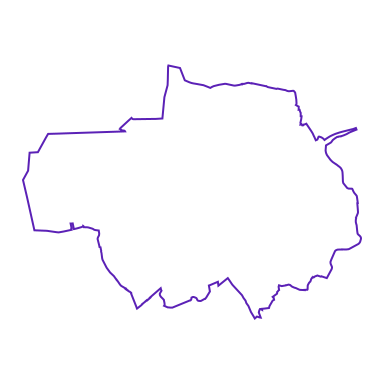 outline of Vught, Noord-Brabant, Netherlands
{"feature_id": "6326949B95896723363367", "entity_name": "Vught", "entity_type": "district", "adm_level": 2, "iso_a3": "NLD", "parent_name": "Netherlands", "parent_adm1": "Noord-Brabant", "projection": "orthographic", "projection_center": [5.254, 51.651], "detail": "fine", "context": "isolated", "style": "outline", "palette": "violet", "viewbox_px": 384, "rotation_deg": 0, "n_neighbors": 0, "source": "geoboundaries", "source_scale": "gbopen_adm2", "svg_char_len": 5769}
<svg xmlns="http://www.w3.org/2000/svg" viewBox="0 0 384 384"><path d="M349.3,248.9L358.5,243.9L358.9,243.5L359.4,243.0L360.1,241.9L360.9,239.1L361.0,238.7L360.9,237.7L360.8,237.3L360.3,236.5L359.7,235.8L358.3,234.6L357.6,233.7L357.2,231.0L356.6,225.1L356.3,224.2L355.8,222.1L355.8,221.1L355.8,219.8L356.1,218.7L356.1,218.2L355.9,217.9L357.8,213.3L358.0,212.2L357.8,209.3L357.3,203.2L357.8,203.1L357.1,198.0L356.8,196.2L356.6,195.7L356.2,195.2L354.2,192.8L353.4,191.4L352.4,189.1L352.2,188.8L351.8,188.7L348.6,188.6L348.1,188.4L347.4,188.1L347.1,187.9L343.4,183.3L343.2,182.8L343.1,182.3L342.9,181.4L342.7,175.6L342.5,172.4L342.4,171.7L342.2,170.8L341.7,169.6L341.4,169.1L340.8,168.1L340.1,167.4L339.3,166.7L337.8,165.6L337.4,165.2L332.8,162.1L331.2,160.6L330.7,160.0L330.5,159.9L327.4,155.7L326.8,154.8L326.6,154.3L326.0,152.8L325.7,151.2L325.6,150.5L326.0,145.4L330.8,142.6L331.3,142.1L332.8,140.0L334.9,138.4L337.0,137.0L338.3,136.8L338.4,136.6L340.7,136.3L340.9,136.4L341.1,136.3L340.9,136.2L342.4,135.8L343.8,135.3L346.6,134.1L349.4,132.5L350.8,131.9L356.5,129.6L355.9,128.0L352.9,129.1L351.5,129.4L342.4,131.7L339.5,132.5L335.3,133.9L332.5,135.1L329.9,136.4L328.6,137.2L326.1,138.8L324.5,140.0L323.6,138.9L322.8,138.3L321.5,137.4L319.2,136.6L318.6,136.7L317.4,139.5L317.2,139.7L315.8,140.3L314.4,137.1L313.6,135.5L313.1,134.3L312.5,133.1L311.2,131.0L306.3,123.7L304.9,124.3L304.4,124.5L303.8,124.5L303.5,124.8L303.2,125.3L302.4,125.4L302.3,125.1L301.9,124.8L301.5,124.8L301.4,124.1L300.5,124.4L300.7,123.6L300.4,122.8L300.5,122.5L301.2,119.2L301.4,117.8L301.6,116.3L300.7,116.2L300.7,112.8L300.3,112.1L299.8,110.6L299.6,109.8L298.6,109.8L298.7,109.3L298.7,106.6L297.5,106.0L295.9,105.0L296.2,104.6L296.4,104.1L296.5,103.6L296.5,103.0L296.3,99.6L295.7,95.7L295.4,94.1L295.2,92.8L294.8,92.1L293.7,90.9L293.3,90.8L292.9,90.8L289.6,91.2L288.4,91.2L287.2,90.9L285.4,90.1L283.4,89.8L278.2,88.7L277.5,88.6L277.2,88.6L276.9,88.8L276.5,88.9L267.9,87.1L267.6,87.0L266.2,86.1L265.9,86.2L251.8,83.2L251.7,83.5L248.3,82.8L247.1,83.0L244.1,83.9L243.3,83.9L242.2,84.4L241.9,83.9L240.7,84.5L239.4,84.9L235.9,85.5L234.9,85.6L234.3,85.6L233.5,85.5L226.1,83.9L224.9,83.8L224.4,83.9L219.0,84.8L213.8,86.1L212.2,86.8L210.3,87.9L207.6,86.8L203.5,85.2L196.9,84.0L193.3,83.4L191.5,83.0L189.2,82.2L184.8,80.3L180.0,68.0L168.4,65.5L168.1,66.7L167.8,79.9L167.6,85.1L167.5,85.6L164.4,97.2L162.4,118.5L156.0,118.9L133.9,119.2L133.5,119.2L132.9,119.1L132.5,118.9L132.2,118.7L131.5,117.9L131.2,118.2L128.4,120.7L120.6,127.9L120.3,128.2L120.0,128.9L119.9,129.0L122.1,130.4L124.1,130.6L124.7,130.9L125.0,131.4L64.2,133.4L58.7,133.6L48.1,133.9L46.0,137.5L37.9,152.2L29.6,152.7L28.1,170.7L23.0,180.0L27.1,197.5L34.4,230.3L46.9,230.8L56.6,232.2L58.7,232.4L63.7,231.5L71.6,229.8L71.3,228.6L71.6,228.5L71.5,227.9L70.6,223.5L71.8,223.5L72.7,223.4L73.9,229.1L74.0,229.1L77.3,228.3L81.5,227.1L82.9,226.6L83.1,225.9L83.5,226.2L83.9,227.2L87.3,227.3L88.5,227.5L92.2,228.6L92.9,228.9L94.1,229.7L94.7,229.9L95.5,230.1L98.7,230.5L98.7,230.8L98.8,231.0L99.2,233.4L99.1,234.8L99.0,235.4L98.3,236.7L97.9,237.6L97.7,238.2L97.6,239.0L99.3,245.8L99.5,247.0L99.9,247.1L101.3,247.7L101.2,247.7L101.0,247.8L100.8,248.2L100.7,248.7L101.2,250.7L101.1,251.3L101.2,252.0L101.5,253.0L102.1,257.8L102.1,258.0L102.4,259.2L102.5,259.7L106.1,266.7L106.5,267.5L106.9,268.1L110.1,272.5L113.9,276.1L116.1,279.2L116.5,279.8L116.6,279.7L118.0,281.6L119.9,284.4L120.9,285.6L121.6,286.1L124.5,287.8L125.1,288.1L124.9,288.2L126.8,289.6L126.5,289.7L129.3,291.6L129.6,291.6L131.2,292.8L131.3,293.2L131.1,293.5L136.5,307.2L136.8,308.2L137.0,308.6L141.2,305.3L142.5,304.0L142.4,303.9L145.8,301.2L145.7,301.1L147.1,299.9L147.4,299.7L147.6,299.7L147.7,300.0L150.1,297.9L150.3,297.7L150.0,297.5L160.7,288.2L161.1,289.9L161.5,290.7L160.3,292.7L159.8,293.7L159.8,294.3L159.9,295.0L160.2,295.7L160.9,296.8L163.1,299.0L163.5,299.5L163.8,299.7L164.5,303.1L164.6,304.4L164.6,305.1L164.1,305.8L167.8,307.4L168.5,307.4L170.3,307.6L172.4,307.6L190.2,300.3L190.5,300.4L190.9,300.0L191.2,299.5L191.3,299.1L191.5,297.6L192.8,297.0L193.6,297.0L194.0,297.1L195.4,297.6L196.2,298.0L196.6,298.4L197.2,299.7L197.4,300.1L197.9,300.6L198.1,300.7L198.9,300.9L200.4,301.0L201.2,300.8L204.6,298.9L205.2,298.9L205.5,298.4L206.2,297.6L209.9,291.5L208.9,285.5L210.1,285.1L217.9,281.8L218.4,285.7L227.8,278.1L229.7,280.8L231.7,283.8L232.5,284.9L242.0,295.2L243.6,298.1L245.5,300.6L246.4,303.2L248.3,305.8L248.6,306.4L251.0,312.1L252.1,313.9L253.6,316.4L254.4,317.8L254.8,318.5L256.4,317.1L256.6,316.7L257.1,316.7L257.4,316.7L259.4,317.4L260.7,317.6L259.0,313.0L258.8,312.4L259.3,310.5L259.6,309.7L260.0,309.0L260.5,309.0L262.1,309.9L262.0,308.8L264.3,308.6L269.0,308.0L269.5,306.1L270.7,304.0L272.6,300.7L272.8,300.5L273.5,300.1L273.9,299.9L274.1,299.8L274.0,299.2L273.8,298.4L273.5,297.8L273.1,297.4L273.3,297.2L272.8,296.8L277.0,293.7L277.1,293.4L277.1,292.3L277.1,292.1L277.7,291.5L278.6,290.3L279.1,290.0L278.6,286.8L279.0,285.3L281.7,286.1L285.8,285.4L285.9,285.2L286.4,285.2L287.5,284.9L288.7,284.6L290.1,285.0L292.0,286.6L293.1,287.1L294.5,287.7L295.7,288.0L299.6,289.8L300.7,289.9L304.3,290.1L304.2,289.9L305.9,289.8L306.7,289.7L307.2,289.8L307.4,289.7L307.6,289.3L307.7,285.7L307.8,285.4L307.9,285.0L308.9,283.1L309.5,282.3L310.3,281.6L310.5,281.2L311.1,279.4L311.4,278.7L311.7,278.3L311.7,278.5L312.0,277.9L313.5,277.4L313.4,277.2L315.5,276.2L316.5,275.9L317.3,275.5L320.7,276.6L321.1,276.6L321.4,276.3L326.8,278.1L331.6,269.2L331.8,268.6L331.9,268.2L332.0,267.6L332.0,267.1L331.9,266.8L331.7,266.2L330.8,264.2L330.5,263.0L330.5,262.7L330.5,261.8L331.3,259.6L334.8,251.6L335.1,251.0L335.7,250.4L337.0,249.8L337.7,249.6L340.2,249.5L342.0,249.5L342.0,249.4L346.0,249.5L347.7,249.3L348.6,249.2L349.3,248.9Z" fill="none" stroke="#5b21b6" stroke-width="2"/></svg>